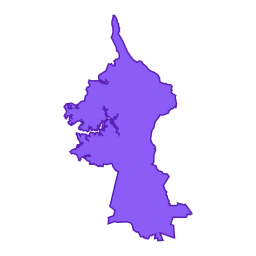 Howick Local Board Area, Auckland, New Zealand (orthographic projection)
{"feature_id": "76426892B48866186202191", "entity_name": "Howick Local Board Area", "entity_type": "district", "adm_level": 2, "iso_a3": "NZL", "parent_name": "New Zealand", "parent_adm1": "Auckland", "projection": "orthographic", "projection_center": [174.896, -36.924], "detail": "fine", "context": "isolated", "style": "filled", "palette": "violet", "viewbox_px": 256, "rotation_deg": 0, "n_neighbors": 0, "source": "geoboundaries", "source_scale": "gbopen_adm2", "svg_char_len": 5789}
<svg xmlns="http://www.w3.org/2000/svg" viewBox="0 0 256 256"><path d="M150.6,138.5L151.9,130.4L153.5,128.4L155.2,121.7L159.6,116.1L159.7,114.9L163.1,115.0L168.0,113.2L168.7,112.4L168.4,111.1L169.5,110.7L171.1,108.9L172.5,108.9L175.2,106.3L175.8,108.1L176.5,103.8L175.1,97.2L175.7,95.6L171.2,92.8L171.2,91.4L172.1,90.5L171.4,88.9L172.1,86.4L170.8,84.9L166.6,84.4L166.2,83.7L163.8,83.6L160.0,82.1L159.4,77.5L158.7,77.1L158.3,75.5L154.8,72.7L150.9,71.1L147.9,69.0L146.6,66.9L142.5,63.3L141.6,61.4L139.0,61.0L137.1,62.4L133.3,59.8L130.5,56.4L127.0,51.0L122.9,41.4L118.2,33.3L119.5,31.2L119.1,29.1L119.6,28.3L118.6,26.4L118.5,23.8L117.7,23.0L116.9,21.1L117.1,20.2L115.2,16.3L114.4,15.4L113.2,15.6L113.5,16.5L112.6,18.1L113.0,19.3L112.1,20.7L112.0,24.8L112.8,27.2L113.1,31.9L112.3,35.5L111.3,37.2L116.5,47.8L116.6,51.0L117.8,51.3L119.0,53.5L119.4,57.6L117.2,59.5L116.2,59.2L113.9,61.2L115.0,62.2L114.5,63.9L115.2,64.3L114.5,65.9L111.5,64.6L111.5,62.9L111.3,64.7L108.6,63.9L105.8,70.9L99.2,75.0L98.5,77.0L99.1,79.6L101.7,80.5L104.2,82.3L105.9,81.6L106.0,80.0L107.2,81.9L108.2,82.2L106.5,84.3L105.4,82.9L104.5,83.1L104.2,84.4L104.0,83.4L101.6,82.4L100.8,83.6L101.0,81.8L97.8,80.8L91.3,80.9L89.2,80.1L88.4,82.7L89.9,85.2L88.7,87.2L87.1,87.2L86.1,89.9L87.5,91.3L87.1,91.9L87.8,93.8L85.3,96.2L84.6,100.8L80.9,101.6L78.7,104.0L77.2,104.6L77.5,107.4L78.4,108.1L77.5,108.6L76.9,107.6L75.7,107.9L76.4,107.0L76.0,106.3L77.2,105.4L75.6,105.3L71.6,103.2L69.1,103.7L68.7,104.9L68.8,105.5L69.2,104.3L70.0,106.3L71.0,105.9L70.8,107.6L71.8,108.4L69.7,108.8L69.4,107.2L69.0,108.7L68.5,108.7L67.8,103.7L66.5,103.8L64.1,106.7L66.5,110.8L66.5,112.0L65.9,113.9L64.7,114.5L64.3,116.5L65.4,117.0L65.5,118.5L66.1,118.8L67.7,116.5L67.6,115.8L69.9,115.8L70.9,114.7L72.2,115.1L70.9,116.9L71.4,117.8L70.1,117.0L69.5,117.4L69.4,119.8L70.3,120.3L68.1,122.2L68.5,123.5L71.2,125.4L71.9,125.1L71.3,124.3L72.0,123.9L71.9,123.2L72.1,122.8L73.4,124.2L77.6,121.1L79.9,120.9L80.7,121.7L81.5,120.4L81.3,119.1L81.6,119.5L81.7,122.3L82.4,122.6L82.9,121.1L82.9,122.3L83.4,122.1L84.2,122.1L83.6,122.4L83.8,123.5L82.5,123.8L82.0,125.3L81.2,124.2L80.3,125.0L79.4,127.1L78.5,127.9L79.2,129.4L80.5,129.9L81.0,128.5L83.1,130.7L85.9,130.3L87.5,131.8L89.1,130.7L88.8,129.3L89.8,128.0L89.0,128.0L89.2,126.4L90.6,127.6L91.5,127.3L91.9,128.1L90.6,129.0L91.3,130.0L92.7,130.4L92.8,129.6L93.7,129.5L95.0,130.4L95.4,129.6L97.2,130.6L98.3,129.4L99.6,129.5L97.2,128.3L97.4,127.6L97.8,128.5L99.0,128.0L98.8,126.6L97.8,125.8L97.9,125.4L99.7,126.4L100.5,125.1L100.3,123.5L102.8,122.9L102.6,121.6L101.9,121.1L101.8,120.7L103.4,121.7L106.8,119.5L106.9,117.7L105.4,114.1L105.9,113.8L105.1,110.9L104.1,109.3L102.4,109.1L104.5,108.8L103.5,105.8L105.0,108.1L104.6,109.4L105.2,110.9L106.1,110.1L108.2,108.9L105.6,111.2L105.8,112.6L106.7,113.3L106.2,114.7L107.2,117.0L108.0,116.9L107.8,116.5L108.0,115.8L111.8,119.4L111.3,122.2L112.5,121.4L112.9,119.2L114.8,116.8L116.5,116.9L117.8,113.9L118.1,113.6L116.9,117.2L115.6,117.2L115.5,118.8L116.2,120.0L115.4,118.9L115.2,117.8L113.2,119.6L113.4,122.1L114.7,122.7L113.4,122.4L113.0,123.7L114.6,124.1L115.7,126.0L115.6,127.4L117.2,127.1L118.1,128.2L118.1,129.3L116.6,130.5L116.3,132.0L116.9,132.8L117.7,132.4L117.8,132.4L118.8,133.5L118.7,134.1L119.0,134.3L119.0,134.5L118.9,134.8L118.7,134.0L118.8,133.5L117.9,132.5L116.9,132.9L116.2,132.0L116.3,130.4L117.9,129.0L117.8,128.3L115.6,128.2L115.0,126.2L113.8,127.3L114.5,126.1L114.3,124.5L112.6,124.9L112.2,122.8L110.7,124.0L111.6,123.1L110.4,122.3L110.4,119.7L107.8,119.0L106.8,120.8L104.6,122.1L104.9,124.4L103.8,124.1L102.6,125.2L102.2,127.3L103.2,128.2L103.7,127.2L105.0,127.0L104.8,126.0L105.6,126.8L106.9,125.7L107.3,126.3L103.7,128.7L104.4,130.6L103.2,130.3L102.8,129.5L102.1,130.0L101.7,128.9L99.5,129.8L100.3,130.0L99.6,131.2L99.9,132.3L102.9,135.8L99.9,134.0L98.4,136.3L99.5,133.3L97.1,132.5L95.3,133.0L95.4,134.0L94.1,135.6L95.0,134.1L94.8,133.4L90.6,132.2L89.1,135.2L90.3,136.9L88.1,135.5L86.8,136.2L86.4,138.7L87.9,139.7L88.1,140.3L85.8,138.6L86.6,134.5L82.0,133.9L81.0,134.4L80.5,135.9L79.6,133.9L76.6,133.0L76.2,134.0L77.2,135.6L77.9,138.6L80.0,141.8L80.2,143.5L82.8,142.2L82.3,142.9L83.4,143.3L81.9,143.4L81.9,144.4L80.9,143.8L79.3,144.6L80.0,144.8L77.5,144.8L77.0,145.5L78.1,146.1L80.5,146.2L79.1,146.3L78.7,147.1L79.1,147.6L77.9,147.0L78.2,147.0L78.7,146.5L76.6,147.1L77.1,148.0L75.8,149.3L75.3,148.8L72.6,149.7L70.0,151.7L71.5,153.7L73.6,153.4L76.6,154.7L78.0,156.8L78.8,160.3L79.9,160.6L80.8,159.5L80.5,158.4L81.1,157.3L83.2,156.9L84.2,158.1L85.2,157.4L84.5,156.1L85.9,156.1L86.6,155.0L88.4,155.4L89.0,154.9L88.8,155.7L91.3,156.3L88.6,156.3L87.6,155.4L85.9,156.9L85.2,158.5L87.2,160.7L89.3,161.3L90.2,162.9L89.5,163.5L90.0,164.4L93.4,163.7L93.3,164.2L94.7,164.2L98.3,166.4L99.4,166.4L100.0,165.5L101.3,166.4L103.0,166.5L103.6,163.8L106.8,164.5L112.0,163.4L113.0,166.6L115.5,170.4L118.3,171.6L109.9,206.5L115.0,210.2L113.6,215.7L108.3,217.6L108.7,219.7L108.2,223.8L114.5,221.5L117.5,222.2L126.7,221.8L130.6,222.7L132.4,225.4L133.5,230.1L136.6,232.1L138.4,232.0L140.7,236.7L143.7,236.7L143.8,237.8L147.4,238.8L148.7,238.5L149.3,236.4L150.4,235.3L151.8,235.6L152.8,234.7L155.2,234.9L155.6,234.4L155.5,236.1L154.6,236.8L154.6,238.7L157.3,238.0L158.0,239.0L157.8,240.6L162.9,240.3L160.0,232.8L174.5,238.0L173.5,225.5L170.6,224.3L172.9,217.3L186.5,217.2L187.5,214.2L190.2,214.7L191.9,213.5L185.2,204.2L184.2,204.9L177.6,203.1L177.7,204.7L176.2,205.6L169.5,205.5L170.1,204.0L168.5,203.3L169.3,201.2L167.7,198.9L167.0,195.5L165.9,195.2L166.7,191.7L165.3,190.7L163.4,185.4L169.1,176.5L167.1,174.0L163.0,173.7L162.0,171.8L158.7,170.8L156.3,168.1L156.6,167.3L156.0,166.0L152.0,164.3L152.9,163.8L153.8,161.5L153.8,155.2L155.6,150.0L154.6,149.0L155.5,148.2L154.4,145.3L153.1,144.9L151.3,141.9L150.6,138.5Z" fill="#8b5cf6" stroke="#5b21b6" stroke-width="1.5"/></svg>